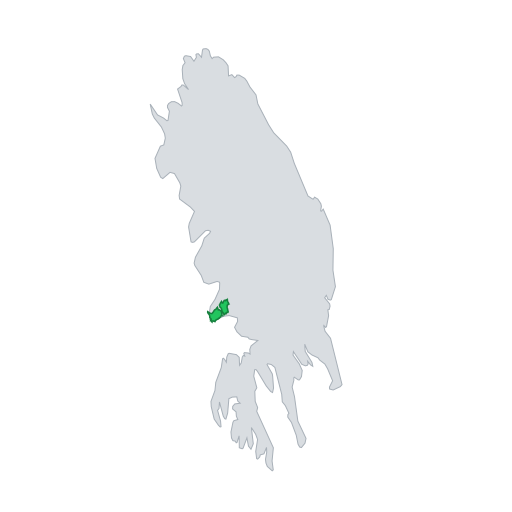 location of Skagabyggð, Norðurland vestra, Iceland, rotated 258°
{"feature_id": "244011B21592329160761", "entity_name": "Skagabyggð", "entity_type": "district", "adm_level": 2, "iso_a3": "ISL", "parent_name": "Iceland", "parent_adm1": "Norðurland vestra", "projection": "natural_earth1", "projection_center": [-20.226, 65.901], "detail": "fine", "context": "in_parent", "style": "filled", "palette": "green", "viewbox_px": 512, "rotation_deg": 258, "n_neighbors": 0, "source": "geoboundaries", "source_scale": "gbopen_adm2", "svg_char_len": 7293}
<svg xmlns="http://www.w3.org/2000/svg" viewBox="0 0 512 512"><g transform="rotate(258 256 256)"><path d="M390.1,191.8L394.5,192.0L401.8,190.3L412.1,185.2L416.5,184.1L426.6,184.1L414.5,189.0L410.1,194.3L406.8,197.0L406.9,198.1L415.6,201.4L419.7,200.3L421.6,200.7L423.3,202.3L424.5,205.3L423.9,208.5L421.5,211.6L418.2,214.3L418.7,215.1L421.4,215.6L435.6,214.0L437.4,217.9L438.7,219.1L438.3,220.5L432.8,224.6L439.4,222.0L444.7,221.3L453.7,222.6L457.5,224.1L459.8,226.8L464.2,226.0L466.3,227.5L466.5,229.1L464.7,233.5L459.4,235.8L462.7,239.0L465.5,239.1L466.0,239.8L465.8,241.7L461.7,244.0L468.6,246.5L469.5,247.4L469.2,250.3L468.1,251.9L466.1,252.9L461.2,253.0L458.2,254.1L459.3,255.9L458.6,260.7L454.8,264.7L451.3,266.8L447.8,268.2L437.9,266.6L438.4,270.1L434.9,272.2L435.7,274.0L436.9,274.9L436.4,277.2L432.1,281.9L428.9,283.4L422.6,285.2L413.6,289.5L404.4,289.4L381.8,295.6L372.9,298.9L357.1,308.9L350.3,311.5L338.7,312.7L303.9,319.3L300.0,323.2L299.8,324.0L301.4,325.5L298.8,328.3L293.6,330.3L291.1,330.3L286.7,328.6L286.2,329.4L287.9,331.5L270.8,334.9L247.1,333.1L226.1,328.3L209.5,327.3L197.7,320.6L197.4,319.5L198.7,317.4L202.9,316.6L200.9,314.5L193.8,318.1L191.5,318.0L188.5,316.5L188.4,315.1L182.5,314.6L172.3,310.3L171.6,309.3L174.0,307.9L173.6,307.7L168.0,307.9L160.0,311.8L112.3,313.4L110.7,311.3L108.9,303.6L110.6,300.3L112.5,300.6L118.0,305.0L130.8,302.6L136.0,300.9L140.9,296.7L143.6,295.4L147.6,290.1L151.5,286.8L159.6,285.3L152.4,284.3L140.3,288.6L136.3,288.6L138.2,286.7L142.3,284.6L139.5,284.5L138.4,283.5L138.3,281.5L140.5,278.3L154.7,272.7L151.4,271.6L141.5,275.9L134.4,277.4L128.6,275.4L125.8,272.8L126.0,271.6L129.5,268.2L128.9,267.6L126.6,267.2L120.3,264.1L110.4,264.4L85.8,262.6L67.2,267.0L62.7,265.0L59.2,260.6L60.0,259.0L63.2,258.0L72.3,258.1L85.7,256.1L91.8,253.6L94.2,254.2L95.3,255.5L103.5,253.6L107.9,251.4L115.3,252.4L143.1,251.3L146.7,248.4L148.2,244.9L147.5,244.2L137.3,247.4L135.0,247.3L123.2,245.7L119.0,243.8L120.4,242.2L126.7,239.0L142.7,233.5L144.9,232.4L145.1,231.1L138.9,228.8L126.9,229.4L123.9,226.7L114.0,225.0L107.4,226.1L103.9,224.4L64.8,233.1L52.2,229.1L43.2,228.4L42.5,227.2L47.8,223.3L51.4,222.7L55.1,223.0L61.9,225.7L66.6,226.5L60.8,222.6L60.6,218.8L58.7,217.9L57.0,215.4L57.7,214.5L64.9,215.1L76.2,219.4L81.8,218.6L89.2,215.8L72.9,214.3L68.0,210.9L71.6,209.1L80.0,209.3L70.7,203.4L70.3,202.4L71.9,199.8L83.6,202.1L77.5,198.6L77.4,197.8L79.2,197.2L80.2,195.0L83.1,194.2L89.0,194.9L98.2,198.9L99.5,200.1L99.8,204.2L103.4,203.5L107.7,204.1L111.3,201.3L113.8,202.0L115.7,204.5L115.3,209.9L117.9,208.0L122.2,207.9L122.9,203.4L122.1,199.8L108.2,195.6L102.7,192.6L103.4,191.6L106.1,190.7L120.8,189.9L114.5,188.1L113.0,186.3L101.9,187.0L96.3,186.3L96.2,185.4L98.4,184.0L105.2,181.2L118.0,180.9L123.1,181.7L133.0,187.9L140.8,190.4L154.0,198.8L162.5,202.0L162.8,202.8L161.4,203.8L158.2,204.9L163.2,206.4L166.2,208.5L166.4,209.5L163.6,216.3L160.4,218.5L152.5,217.2L154.4,219.3L160.0,221.6L161.3,222.9L160.4,224.2L163.1,223.8L163.9,224.5L162.7,228.4L161.3,229.8L165.9,230.5L169.1,232.5L173.0,240.2L175.2,234.3L176.3,232.1L178.2,231.2L180.5,225.2L185.8,221.6L190.7,220.2L195.8,224.4L199.4,224.9L203.3,217.4L203.8,211.9L202.6,205.9L203.3,201.6L205.8,199.0L209.1,198.2L216.1,200.8L222.0,206.8L230.9,213.3L237.1,214.9L238.1,214.7L239.2,212.6L238.3,204.0L241.1,199.5L248.4,198.4L259.4,194.2L261.9,194.0L267.4,196.5L277.2,205.1L284.2,209.1L287.9,215.4L289.6,216.7L291.1,214.6L291.2,211.8L282.6,198.6L282.5,196.8L283.3,195.4L298.4,196.1L301.8,197.5L312.4,205.1L317.5,202.0L327.6,193.1L331.2,193.4L340.0,197.0L343.4,196.7L353.6,193.4L355.7,189.3L351.1,180.9L352.9,179.1L362.3,177.1L372.5,177.5L383.3,185.3L383.8,188.9L390.1,191.8Z" fill="#d9dde1" stroke="#a8b0b8" stroke-width="1"/><path d="M211.6,197.2L211.3,197.1L211.1,197.1L210.9,197.0L210.6,197.0L210.3,197.1L210.2,197.2L209.9,197.3L209.6,197.4L209.6,197.5L209.1,197.6L208.9,197.8L208.6,198.0L208.2,198.1L207.9,198.2L207.6,198.2L207.0,198.2L206.7,198.2L206.3,198.2L205.9,198.1L205.4,198.0L205.2,198.0L204.9,198.1L204.8,198.3L204.6,198.4L204.5,198.5L204.4,198.6L204.1,198.7L204.1,198.8L203.9,198.9L203.7,199.0L203.2,199.0L203.0,198.9L202.9,198.8L202.6,198.8L202.4,198.8L202.3,198.7L202.3,198.8L202.2,198.8L201.9,198.8L201.5,198.9L201.1,198.8L200.8,199.0L200.7,199.1L200.8,199.1L201.1,199.4L201.2,199.6L201.3,199.7L201.4,199.8L201.5,200.1L201.5,200.3L201.4,200.5L201.1,200.9L201.2,201.0L200.9,201.4L200.9,201.5L200.8,201.8L200.7,201.9L200.5,202.0L200.3,202.2L200.4,202.3L200.5,202.3L200.3,202.4L200.5,202.4L201.0,202.5L201.2,203.0L201.3,203.2L201.5,203.5L201.8,203.6L202.0,203.8L201.9,204.1L202.1,204.3L202.1,204.5L201.9,204.5L202.0,204.5L202.1,204.8L202.0,205.3L202.1,205.6L202.3,205.7L202.3,205.8L202.3,206.0L202.7,206.2L202.7,206.3L202.8,206.4L202.7,206.8L202.8,206.9L202.9,207.0L202.9,207.3L203.1,207.4L203.1,207.5L203.3,207.6L203.4,207.8L203.5,208.0L203.6,208.4L203.7,208.5L203.8,208.7L203.9,208.8L204.0,208.9L204.2,209.1L204.3,209.2L204.4,209.3L204.5,209.3L204.7,209.5L204.8,209.7L204.9,209.9L205.0,209.9L205.0,210.1L205.1,210.4L205.0,210.5L208.8,210.5L208.9,210.4L209.1,210.4L209.7,210.4L210.0,210.0L210.1,209.8L210.3,209.5L210.7,209.2L210.9,209.0L211.0,208.9L211.2,208.6L211.2,208.4L211.1,208.2L211.1,207.9L213.9,207.6L213.6,207.2L213.4,206.9L212.8,206.2L212.3,205.8L212.2,205.6L212.0,205.2L212.0,204.8L212.0,204.7L211.9,204.4L211.7,204.1L211.4,203.7L210.8,203.3L210.6,202.9L210.0,202.5L209.6,201.9L209.0,201.2L208.9,201.1L208.8,200.9L209.5,199.4L209.8,198.9L210.5,198.3L211.2,197.6L211.6,197.2ZM215.1,210.0L213.2,210.3L213.1,210.5L212.9,210.8L212.6,210.9L212.4,211.0L211.9,211.1L211.6,211.2L211.0,211.3L210.5,211.3L210.3,211.2L210.0,211.3L209.7,211.2L209.4,211.2L209.3,211.3L209.2,211.3L208.6,211.5L208.1,211.7L207.9,211.8L207.6,211.9L207.5,212.0L207.3,212.1L207.1,212.2L206.9,212.1L206.7,212.1L206.4,212.2L206.3,212.3L206.0,212.3L205.8,212.4L205.6,212.5L205.2,212.5L205.3,212.6L205.3,212.8L205.4,213.0L205.6,213.1L205.7,213.3L205.7,213.5L205.8,213.7L205.9,213.9L206.0,213.9L206.4,214.2L206.4,214.3L206.3,214.5L206.2,214.8L206.3,214.9L206.2,215.0L206.3,215.1L206.2,215.1L206.3,215.2L206.5,215.3L206.6,215.6L206.6,215.8L206.7,216.0L206.8,216.2L206.8,216.3L206.8,216.5L206.7,216.8L206.9,217.0L207.0,217.1L207.4,217.2L207.6,217.2L207.8,217.1L208.0,217.2L208.3,217.1L208.6,217.1L208.9,217.0L209.0,217.1L209.3,217.1L209.5,217.2L209.9,217.1L210.1,217.1L210.3,217.2L210.5,217.1L210.9,217.1L211.3,217.0L211.5,217.0L212.0,217.1L212.6,217.2L212.7,217.3L212.9,217.3L213.0,217.4L213.3,217.4L213.6,217.6L213.8,217.6L213.8,217.9L213.9,218.0L214.0,218.1L214.2,218.3L214.4,218.4L214.4,218.6L214.5,218.6L214.7,218.8L214.7,219.0L214.8,218.9L214.9,219.0L215.0,219.1L214.9,219.2L214.9,219.3L215.0,219.3L215.2,219.5L215.3,219.5L217.2,218.8L218.2,218.8L219.0,218.9L218.9,218.8L218.9,218.6L218.7,218.4L218.9,218.1L219.3,218.0L219.4,217.9L219.1,217.6L218.9,217.4L218.7,216.9L219.1,216.8L219.2,216.6L219.2,216.3L219.2,216.2L219.1,215.9L219.1,215.6L217.2,214.0L216.9,213.8L217.0,213.5L217.0,213.2L218.7,212.8L217.2,211.3L217.1,211.1L216.8,211.0L216.3,210.8L216.1,210.6L215.7,210.3L215.6,210.0L215.1,210.0ZM205.3,197.9L205.2,197.8L205.3,197.9ZM202.6,198.3L202.8,198.3L202.8,198.2L202.6,198.3ZM203.3,198.5L203.2,198.4L203.3,198.5ZM202.9,198.7L203.0,198.7L202.9,198.7Z" fill="#22c55e" stroke="#15803d" stroke-width="1.5"/></g></svg>